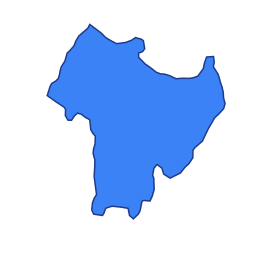 Gyeongju-si, North Gyeongsang, South Korea (Equal Earth projection), rotated 196°
{"feature_id": "91817680B5353031397212", "entity_name": "Gyeongju-si", "entity_type": "district", "adm_level": 2, "iso_a3": "KOR", "parent_name": "South Korea", "parent_adm1": "North Gyeongsang", "projection": "equal_earth", "projection_center": [129.238, 35.854], "detail": "fine", "context": "isolated", "style": "filled", "palette": "blue", "viewbox_px": 256, "rotation_deg": 196, "n_neighbors": 0, "source": "geoboundaries", "source_scale": "gbopen_adm2", "svg_char_len": 1494}
<svg xmlns="http://www.w3.org/2000/svg" viewBox="0 0 256 256"><g transform="rotate(196 128 128)"><path d="M97.8,42.2L94.4,48.0L93.6,51.6L94.0,57.0L94.4,61.5L92.8,62.7L86.7,63.9L85.9,69.3L85.9,76.2L89.4,86.9L91.3,89.4L92.0,96.4L90.1,100.9L84.4,98.8L80.9,93.5L73.7,91.4L65.2,99.2L62.5,105.8L59.5,110.7L57.5,117.3L59.4,124.3L58.3,127.6L53.9,134.3L52.9,135.8L50.6,149.4L47.5,161.8L44.5,166.7L41.4,172.9L41.4,178.2L44.4,183.2L46.3,188.6L49.0,193.5L51.7,197.2L54.4,201.8L56.3,204.6L62.8,210.4L63.2,215.0L65.5,220.3L72.0,217.9L72.4,211.7L72.0,205.9L75.1,197.2L79.0,194.3L82.4,192.7L90.1,190.6L95.5,188.6L102.4,189.8L108.1,189.8L111.6,189.0L116.2,189.4L122.3,191.9L129.2,194.3L137.3,198.9L138.4,203.0L135.0,205.5L133.8,208.8L137.3,216.2L139.6,217.0L145.7,217.0L148.8,213.3L153.8,209.6L162.2,205.9L168.0,207.1L174.5,208.8L179.5,211.7L193.3,217.0L194.1,212.9L200.6,203.0L202.1,197.2L202.5,192.3L204.8,187.3L207.1,183.2L207.1,178.2L207.1,175.0L209.0,168.4L209.0,164.2L208.6,160.9L208.6,156.4L210.5,153.1L213.6,149.8L214.3,146.9L214.6,136.9L204.7,133.4L195.5,130.5L193.2,128.8L192.5,126.0L191.7,122.7L187.9,119.0L184.4,119.8L182.9,124.7L180.6,128.4L176.7,128.4L171.8,126.4L167.2,125.5L165.6,121.8L163.3,116.1L160.3,113.2L157.2,111.2L155.3,103.8L155.3,98.0L154.5,93.9L151.0,88.1L149.5,82.4L147.2,72.1L139.9,55.3L141.1,51.2L141.5,46.3L140.3,39.3L137.2,35.7L128.4,36.9L127.7,39.3L127.3,44.7L121.9,48.4L113.1,50.0L105.8,50.8L102.4,44.3L97.8,42.2Z" fill="#3b82f6" stroke="#1e3a8a" stroke-width="1.5"/></g></svg>